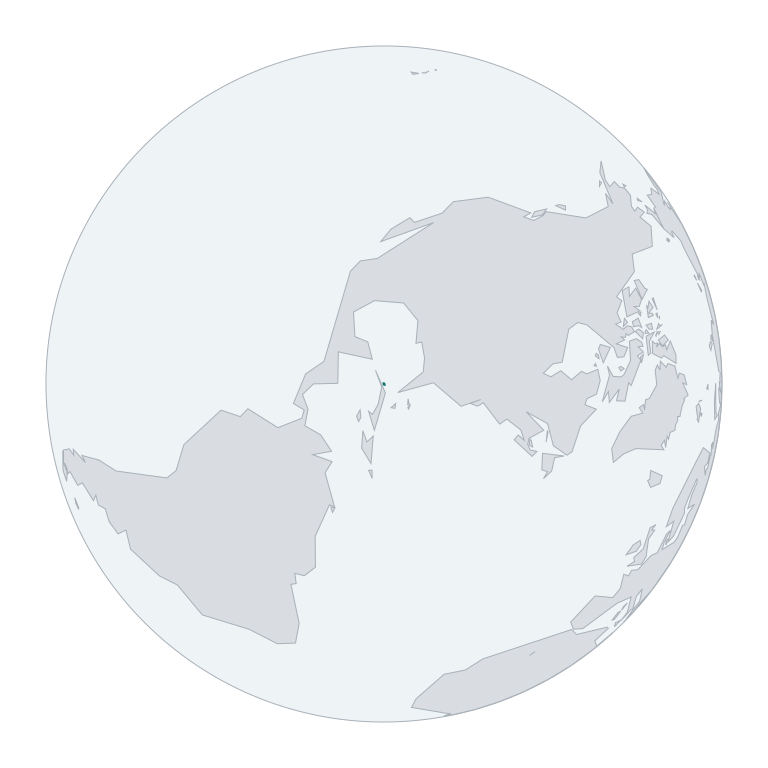 globe centered on Ciudad de la Habana, rotated 83°
{"feature_id": "CUB-1428", "entity_name": "Ciudad de la Habana", "entity_type": "Province", "adm_level": 1, "iso_a3": "CUB", "parent_name": "Cuba", "parent_adm1": "", "projection": "orthographic", "projection_center": [-82.298, 23.071], "detail": "fine", "context": "on_globe", "style": "filled", "palette": "teal", "viewbox_px": 768, "rotation_deg": 83, "n_neighbors": 0, "source": "natural_earth", "source_scale": "10m", "svg_char_len": 9622}
<svg xmlns="http://www.w3.org/2000/svg" viewBox="0 0 768 768"><g transform="rotate(83 384 384)"><circle cx="384" cy="384" r="338" fill="#eef3f6" stroke="#a8b0b8"/><path d="M408.0,469.7L400.0,466.4L392.3,476.3L364.5,460.6L354.2,440.8L268.0,403.6L258.9,392.4L258.6,375.4L229.8,315.1L242.3,369.9L231.1,358.2L222.1,338.0L227.3,334.1L221.5,305.4L211.5,292.9L211.3,257.8L232.1,217.5L235.2,225.0L239.9,215.4L236.3,205.8L232.7,202.0L243.8,163.3L235.2,139.8L221.8,140.9L233.1,134.8L200.5,144.0L189.0,141.3L208.6,139.5L215.7,135.7L211.1,130.8L217.4,126.0L218.9,121.3L226.8,116.4L237.6,116.8L243.0,114.0L239.4,110.8L245.2,104.7L249.5,109.6L260.0,99.7L280.0,100.9L285.3,121.8L303.0,121.8L325.8,142.6L330.3,137.8L341.8,144.0L351.3,141.2L352.8,146.8L359.0,139.9L355.8,135.4L357.5,131.1L362.7,129.3L365.6,135.8L363.4,137.6L367.0,138.7L366.2,142.9L369.6,139.8L372.5,148.5L377.5,137.6L386.3,142.6L386.1,149.1L375.9,151.3L350.0,175.4L346.6,184.4L352.1,193.9L384.1,204.5L384.6,214.0L392.8,224.6L397.2,217.5L392.4,206.9L402.7,197.3L395.5,186.5L398.7,181.4L395.5,170.0L407.0,169.0L420.0,174.4L423.2,184.2L429.0,187.2L434.9,176.3L449.6,194.0L474.3,205.7L476.9,211.2L465.9,223.4L443.2,226.5L428.9,246.2L449.4,231.1L455.6,246.7L461.3,248.7L467.4,247.0L469.5,240.4L473.9,245.8L455.3,261.6L451.0,257.0L457.0,251.7L446.3,253.8L433.8,266.3L437.9,274.1L414.7,287.7L417.4,293.8L413.8,300.8L411.2,289.9L415.5,310.3L388.8,334.8L394.2,371.3L376.8,343.6L363.2,340.6L346.9,341.4L347.5,347.3L325.2,342.6L306.0,354.6L300.1,383.2L308.8,405.5L333.4,407.1L340.2,395.0L358.0,392.6L346.5,425.4L377.7,429.8L375.3,454.0L384.5,466.2L399.8,462.5L415.8,467.6L426.7,453.1L444.4,444.2L445.4,463.5L454.7,445.0L465.0,453.3L499.8,448.1L497.3,452.9L526.8,470.9L557.5,474.4L564.6,486.4L561.1,495.6L571.4,495.5L571.5,500.8L611.2,497.4L630.3,503.4L628.8,521.5L611.1,547.6L591.1,592.4L558.3,613.6L547.2,630.2L517.0,655.7L497.5,657.9L500.4,666.2L487.3,673.5L473.9,675.9L469.3,682.2L459.3,683.6L464.4,686.6L445.3,695.5L447.3,700.3L432.7,706.3L434.5,708.6L429.9,708.9L424.5,710.2L423.0,711.6L410.5,710.2L410.0,704.3L416.8,700.6L410.9,700.4L425.5,690.0L418.1,692.5L424.8,676.1L437.7,660.5L450.8,610.9L444.6,600.9L419.8,590.0L390.1,548.9L398.9,530.6L392.0,522.1L414.4,494.7L408.0,469.7ZM77.7,319.0L80.0,311.5L80.2,317.7L77.7,319.0ZM80.3,305.9L79.7,308.7L80.0,306.2L80.3,305.9ZM79.8,303.5L80.2,305.3L79.4,304.0L79.8,303.5ZM78.8,301.2L79.4,302.1L79.2,302.3L78.8,301.2ZM393.1,383.7L428.8,399.2L409.2,402.6L412.8,399.2L403.6,392.4L386.7,386.6L369.4,390.8L393.1,383.7ZM78.3,295.4L78.3,293.8L79.1,293.9L78.3,295.4ZM407.6,363.0L401.5,361.9L407.4,361.4L407.6,363.0ZM230.1,201.3L235.5,206.2L236.5,217.1L231.3,213.4L230.1,201.3ZM229.2,182.2L233.5,182.6L227.9,191.8L227.2,188.7L229.2,182.2ZM210.8,143.5L214.0,146.0L208.7,145.3L210.8,143.5ZM217.7,121.5L214.8,122.5L216.7,119.7L217.7,121.5ZM389.4,171.6L392.3,170.9L391.4,173.3L389.4,171.6ZM385.1,167.5L381.9,170.9L379.4,169.6L381.4,167.5L385.1,167.5ZM230.6,110.0L234.7,105.7L232.5,110.0L230.6,110.0ZM389.7,163.8L375.4,166.8L371.1,164.5L375.3,154.9L389.7,163.8ZM238.3,103.2L248.0,93.8L242.4,94.8L263.8,87.5L248.5,97.4L246.6,102.3L243.5,101.0L238.3,103.2ZM352.5,134.8L356.2,139.5L348.2,137.4L352.5,134.8ZM347.0,134.7L320.3,136.2L317.5,129.1L327.0,129.7L319.5,122.5L331.3,118.1L338.1,121.1L337.6,126.4L342.5,120.9L347.0,134.7ZM274.1,85.4L278.0,83.6L275.9,85.7L274.1,85.4ZM357.5,129.3L352.4,129.9L349.6,123.7L359.4,121.3L357.2,124.0L357.5,129.3ZM311.8,123.0L311.4,118.4L320.9,113.4L322.1,111.1L331.4,117.5L311.8,123.0ZM360.5,124.5L364.5,120.3L370.6,121.8L362.4,128.3L360.5,124.5ZM344.7,123.2L343.9,120.2L347.6,121.0L344.7,123.2ZM394.5,125.9L388.4,126.1L386.4,122.8L394.5,125.9ZM365.6,118.7L363.4,118.2L362.0,117.1L365.8,114.9L365.6,118.7ZM337.4,113.8L341.4,113.0L334.1,110.9L340.8,107.7L345.8,112.7L346.5,109.2L348.6,108.2L350.3,113.5L337.4,113.8ZM365.3,109.4L373.9,115.5L385.7,115.4L387.8,118.2L368.5,118.0L365.3,109.4ZM356.3,111.2L362.3,110.6L361.9,114.1L357.5,116.7L356.3,111.2ZM343.7,103.8L332.0,107.5L331.3,106.3L343.7,103.8ZM368.8,108.5L366.6,107.1L369.7,108.1L368.8,108.5ZM351.5,104.3L347.4,105.6L346.8,104.3L351.5,104.3ZM365.7,103.5L368.4,105.3L365.6,107.0L365.7,103.5ZM359.2,103.3L359.3,101.1L362.9,106.5L357.5,104.1L359.2,103.3ZM351.5,102.8L349.8,102.4L353.3,102.5L351.5,102.8ZM375.0,96.5L380.2,102.9L373.8,106.4L369.6,99.6L375.0,96.5ZM430.7,713.1L411.1,711.0L422.5,712.0L432.4,709.2L441.9,710.8L430.7,713.1ZM459.1,704.8L469.5,702.1L471.3,702.4L464.6,704.4L459.1,704.8ZM635.8,158.6L631.4,154.0L623.1,145.2L635.8,158.6ZM600.1,124.2L599.7,123.9L595.4,120.4L597.7,122.5L617.9,140.3L621.7,143.9L633.2,157.1L640.7,164.6L646.9,172.3L636.5,162.6L630.9,156.8L618.8,152.6L625.8,159.6L637.7,164.5L637.9,166.3L647.5,177.4L640.3,170.4L625.5,164.6L630.0,179.4L651.0,216.5L650.5,225.8L643.1,227.7L620.1,200.3L623.9,183.0L615.9,174.5L602.0,169.1L604.3,164.8L599.1,160.9L599.3,154.8L586.7,139.6L584.9,133.4L567.5,121.9L564.2,117.6L575.4,125.3L582.3,128.1L576.3,115.2L571.5,111.0L560.7,104.9L560.4,102.8L550.7,98.7L541.2,90.5L544.6,97.6L532.0,92.2L519.5,85.0L515.9,84.9L536.3,96.9L543.9,100.8L549.4,101.8L570.5,115.4L575.3,121.3L555.5,113.1L560.0,121.1L542.6,112.5L498.3,83.1L486.1,74.8L492.2,68.9L502.2,72.5L505.0,76.0L513.9,76.4L507.7,74.5L507.4,73.2L495.3,69.1L494.5,68.1L484.2,66.3L481.9,64.7L488.5,65.8L468.6,59.7L460.6,56.4L456.4,55.7L454.3,55.8L445.5,52.4L442.8,52.1L444.7,53.0L440.6,53.1L429.9,52.4L427.5,51.3L431.0,51.3L434.6,50.4L444.4,51.7L442.3,51.2L433.3,50.0L428.8,51.0L423.0,51.0L423.7,49.9L423.0,50.3L419.4,50.0L413.5,48.9L412.1,50.1L375.7,52.2L360.6,51.5L365.3,49.5L337.2,53.1L322.5,54.1L324.3,54.6L312.0,58.0L316.4,57.6L316.3,58.3L286.9,69.4L278.0,72.0L267.3,79.4L268.2,80.0L274.1,78.3L263.8,87.5L242.4,94.8L241.4,93.0L228.7,99.7L228.3,95.2L222.2,95.2L229.2,87.9L223.7,89.4L219.3,92.0L208.6,96.9L201.6,99.6L226.6,85.7L240.9,84.0L236.7,83.1L243.4,80.3L245.5,78.4L242.1,78.6L238.1,80.5L261.7,69.0L284.3,61.1L307.5,54.9L331.0,50.3L354.8,47.3L378.7,46.1L402.7,46.6L426.6,48.8L450.2,52.6L473.5,58.2L496.4,65.3L518.7,74.1L540.4,84.4L561.2,96.3L581.1,109.6L600.1,124.2ZM721.1,360.1L720.7,356.3L720.8,365.0L719.3,357.8L718.6,361.6L708.4,396.1L700.4,390.6L679.4,359.7L677.8,338.3L668.9,319.4L650.5,227.6L656.1,223.5L652.5,192.1L653.8,191.1L664.6,206.1L670.1,204.7L659.7,188.8L658.7,187.2L673.3,209.4L686.2,232.7L697.1,256.9L706.1,281.9L713.2,307.6L718.2,333.7L721.1,360.1ZM668.0,266.7L671.2,272.7L668.0,266.7ZM500.9,447.7L505.2,450.8L499.7,451.8L500.9,447.7ZM406.8,410.9L414.2,411.0L418.2,413.8L412.6,415.1L406.8,410.9ZM468.0,406.4L476.3,407.2L467.8,409.8L468.0,406.4ZM434.3,401.0L461.4,406.6L444.9,414.0L427.8,410.7L439.4,408.0L434.3,401.0ZM404.8,374.8L409.5,376.1L408.4,379.9L404.8,374.8ZM411.9,362.8L410.1,363.2L407.7,360.2L411.9,362.8ZM456.6,245.7L458.3,244.6L464.7,244.3L462.1,247.3L456.6,245.7ZM490.8,228.2L497.3,237.2L490.9,232.4L488.5,237.8L472.1,235.1L477.4,213.9L477.9,223.6L490.8,228.2ZM451.6,227.0L461.4,230.2L450.5,227.6L451.6,227.0ZM570.4,148.9L574.7,148.5L580.8,154.1L583.0,164.5L574.1,156.2L570.4,148.9ZM579.3,146.9L559.0,137.3L556.8,131.3L561.5,136.1L562.1,133.1L569.7,140.2L587.5,145.0L594.1,150.4L594.5,165.1L590.7,156.9L586.8,157.3L579.3,146.9ZM511.1,131.8L502.3,129.8L509.0,119.0L516.4,122.2L519.1,132.0L511.9,134.1L511.1,131.8ZM400.0,147.3L396.2,148.9L395.4,146.9L397.9,143.8L400.0,147.3ZM391.8,126.2L415.7,138.8L412.6,141.0L430.4,146.9L429.0,155.3L417.6,151.1L429.8,162.6L418.9,162.1L428.2,169.5L402.8,159.1L393.5,160.0L404.4,155.6L405.9,147.6L403.7,144.5L390.7,136.4L371.4,135.2L369.8,128.0L373.8,123.2L378.2,122.3L377.9,127.1L384.0,122.6L386.8,129.0L391.8,126.2ZM421.6,83.6L419.3,87.4L432.1,83.5L435.0,88.2L436.3,87.5L442.5,91.0L452.3,94.2L452.1,96.6L456.0,96.9L460.2,99.6L465.4,101.0L467.0,106.0L473.5,108.3L470.5,109.4L481.4,112.2L474.0,112.4L478.7,116.5L483.4,114.2L478.8,141.8L482.6,154.7L489.8,165.9L476.1,165.9L460.6,156.1L446.2,142.6L444.5,130.8L438.6,133.5L436.0,128.8L441.7,128.6L431.4,126.2L430.8,122.5L418.0,113.3L403.4,113.2L398.4,110.3L403.8,108.5L395.0,106.9L401.8,101.8L398.3,99.7L401.6,93.1L414.0,91.6L409.2,89.5L411.4,85.0L421.6,83.6ZM376.3,94.6L390.5,90.7L399.1,91.6L389.9,102.9L392.1,105.5L386.4,113.7L374.1,112.5L376.9,110.1L376.6,107.6L380.6,109.0L377.3,106.0L381.0,102.9L379.4,99.9L384.4,99.3L376.3,94.6ZM648.9,183.2L648.7,181.5L647.0,177.5L653.0,184.9L648.9,183.2ZM639.2,179.4L638.1,176.6L645.8,184.1L646.0,186.3L639.2,179.4ZM631.0,169.1L637.5,175.8L634.1,173.5L631.0,169.1ZM573.7,122.8L571.8,119.9L574.1,120.9L578.2,124.1L573.7,122.8ZM460.1,76.4L457.4,77.6L455.3,76.8L444.6,77.0L441.6,74.1L446.9,72.8L460.1,76.4ZM647.7,172.7L649.4,175.0L647.8,172.9L647.1,171.9L647.7,172.7ZM455.0,73.2L451.0,73.5L452.0,71.9L455.0,73.2ZM438.9,72.1L438.9,70.1L440.0,73.8L438.9,72.1ZM423.6,54.6L441.8,56.9L452.9,58.0L456.0,57.1L459.4,60.0L442.3,58.3L423.6,54.6ZM381.9,52.3L379.2,54.1L375.2,53.4L375.2,52.9L381.9,52.3ZM383.9,53.3L390.4,55.4L385.6,56.6L381.4,54.6L383.9,53.3ZM423.4,62.4L429.0,63.1L428.0,64.2L423.4,62.4ZM275.9,83.2L277.8,83.5L274.0,84.5L275.9,83.2ZM319.1,58.0L318.3,59.0L313.9,59.7L319.1,58.0ZM313.8,62.6L319.3,61.0L314.5,63.1L313.8,62.6ZM331.5,57.7L322.0,60.6L329.6,57.3L331.5,57.7Z" fill="#d9dde1" stroke="#a8b0b8" stroke-width="1"/><path d="M382.7,384.0L382.9,383.9L383.0,383.8L383.2,383.7L383.3,383.6L383.6,383.5L383.9,383.4L384.3,383.3L384.8,383.4L385.1,383.3L385.1,383.5L385.1,383.8L385.0,384.0L384.8,383.8L384.7,383.7L384.7,383.8L384.6,384.0L384.6,383.9L384.5,384.0L384.5,384.3L384.3,384.5L384.2,384.6L383.9,384.6L383.7,384.6L383.4,384.6L383.2,384.5L383.2,384.4L383.2,384.5L382.9,384.4L383.0,384.2L382.9,384.0L382.7,384.0L382.7,384.0Z" fill="#14b8a6" stroke="#0f766e" stroke-width="1.5"/></g></svg>